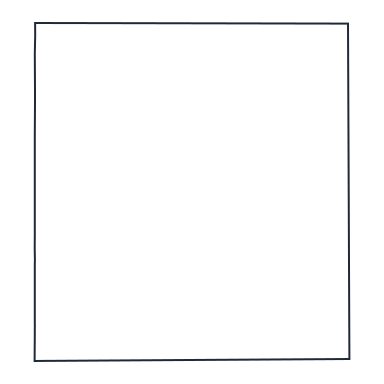 Morton, Kansas, United States of America
{"feature_id": "52423323B48743122648364", "entity_name": "Morton", "entity_type": "district", "adm_level": 2, "iso_a3": "USA", "parent_name": "United States of America", "parent_adm1": "Kansas", "projection": "equal_earth", "projection_center": [-101.947, 37.191], "detail": "fine", "context": "isolated", "style": "outline", "palette": "slate", "viewbox_px": 384, "rotation_deg": 0, "n_neighbors": 0, "source": "geoboundaries", "source_scale": "gbopen_adm2", "svg_char_len": 391}
<svg xmlns="http://www.w3.org/2000/svg" viewBox="0 0 384 384"><path d="M348.0,23.6L35.1,23.0L35.2,35.1L34.8,54.0L35.0,91.0L35.0,101.0L34.8,134.7L34.8,234.0L34.7,248.3L34.9,259.4L34.8,264.1L34.8,325.1L34.9,325.7L34.8,327.6L34.8,328.7L34.8,333.9L34.6,361.0L43.6,360.9L61.6,360.8L125.0,360.4L319.5,359.2L320.3,359.2L349.4,359.0L348.0,23.6Z" fill="none" stroke="#1e293b" stroke-width="2"/></svg>